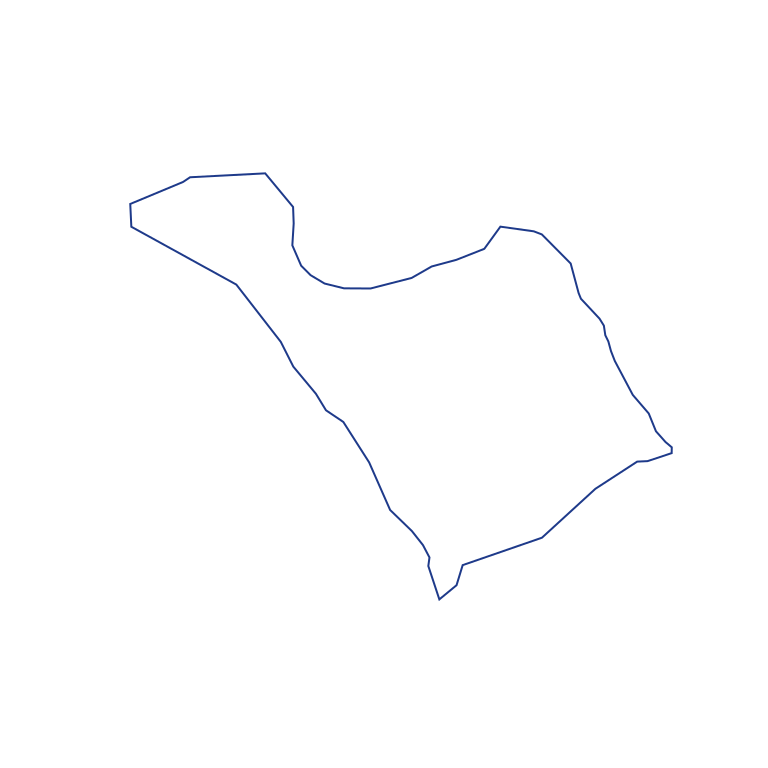 Ajdovščina, Mercator projection, rotated 197°
{"feature_id": "SVN-1022", "entity_name": "Ajdovščina", "entity_type": "Municipality", "adm_level": 1, "iso_a3": "SVN", "parent_name": "Slovenia", "parent_adm1": "", "projection": "mercator", "projection_center": [13.898, 45.914], "detail": "fine", "context": "isolated", "style": "outline", "palette": "blue", "viewbox_px": 768, "rotation_deg": 197, "n_neighbors": 0, "source": "natural_earth", "source_scale": "10m", "svg_char_len": 823}
<svg xmlns="http://www.w3.org/2000/svg" viewBox="0 0 768 768"><g transform="rotate(197 384 384)"><path d="M671.6,460.5L679.3,482.0L635.2,518.5L629.9,525.0L559.2,550.7L522.7,526.7L517.3,511.1L512.2,489.8L497.8,472.9L486.0,466.6L470.2,462.7L450.2,463.8L424.8,471.4L388.6,493.5L372.8,510.3L351.1,523.9L327.6,542.6L318.7,568.5L285.4,573.8L276.8,573.2L240.7,553.8L224.5,527.9L220.6,523.1L197.0,509.5L190.8,504.1L186.6,495.3L181.9,490.3L176.6,481.9L170.0,473.5L142.9,446.3L122.2,433.2L110.1,418.3L97.8,410.8L90.3,407.6L88.7,402.0L109.4,387.3L119.2,383.8L151.2,345.6L188.0,283.2L255.8,233.8L255.8,212.8L268.1,194.2L288.4,222.9L289.8,231.4L299.6,241.3L314.3,251.5L341.3,265.3L375.3,304.7L411.8,335.8L431.8,341.9L446.2,354.7L475.8,374.1L495.0,394.1L554.3,435.9L671.6,460.5Z" fill="none" stroke="#1e3a8a" stroke-width="2"/></g></svg>